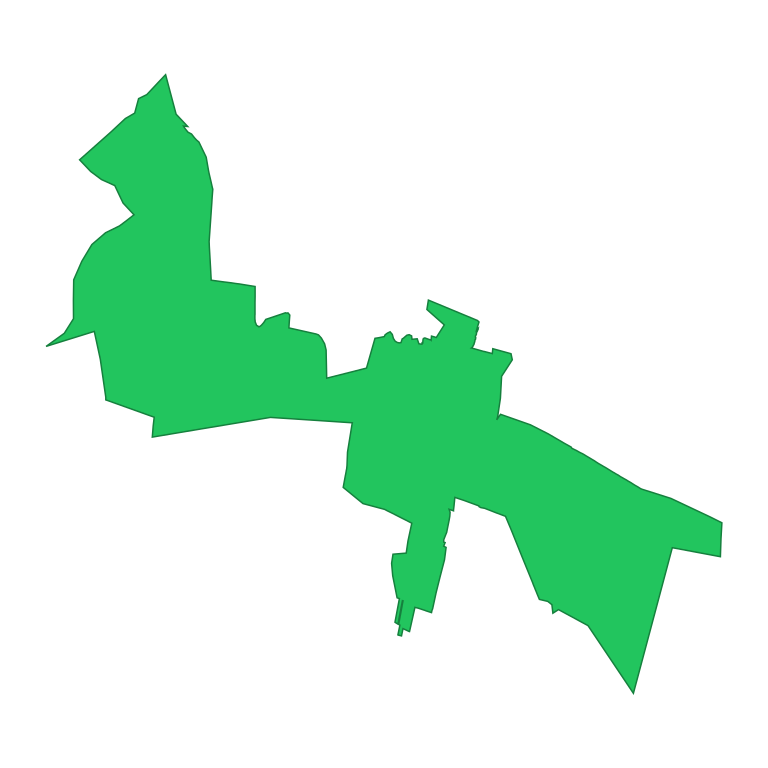 Villa de Zaachila, Oaxaca, Mexico
{"feature_id": "50627088B50064037366577", "entity_name": "Villa de Zaachila", "entity_type": "district", "adm_level": 2, "iso_a3": "MEX", "parent_name": "Mexico", "parent_adm1": "Oaxaca", "projection": "equal_earth", "projection_center": [-96.753, 16.954], "detail": "fine", "context": "isolated", "style": "filled", "palette": "green", "viewbox_px": 768, "rotation_deg": 0, "n_neighbors": 0, "source": "geoboundaries", "source_scale": "gbopen_adm2", "svg_char_len": 4881}
<svg xmlns="http://www.w3.org/2000/svg" viewBox="0 0 768 768"><path d="M110.7,132.2L79.6,159.8L90.7,171.5L101.4,179.5L114.8,185.6L123.1,203.1L128.7,209.1L134.0,214.8L124.7,222.0L119.5,225.9L105.6,232.7L91.9,244.5L81.8,261.3L73.7,279.8L73.4,300.3L73.5,318.7L64.3,333.3L46.1,346.4L94.3,331.4L100.3,359.2L105.8,397.3L105.8,399.9L154.2,417.2L153.2,425.9L152.3,437.1L176.2,433.1L196.5,429.7L232.6,423.7L270.4,417.4L318.0,420.5L352.3,422.8L352.2,423.2L347.5,452.2L347.0,465.5L346.8,467.5L346.7,468.6L346.3,470.5L346.1,471.8L345.9,472.9L345.7,474.0L345.4,475.4L343.2,487.4L363.0,503.6L384.7,509.4L386.9,510.6L391.4,512.8L401.8,518.1L405.4,519.9L411.8,523.2L408.0,540.9L406.2,553.1L393.0,554.2L391.6,563.3L392.7,575.7L397.1,597.8L399.4,598.6L395.0,622.1L395.0,622.3L397.9,624.1L398.0,623.9L402.4,600.7L402.6,600.8L402.9,600.9L403.0,600.9L398.7,624.2L398.6,624.4L399.9,625.1L397.9,634.9L398.3,635.1L401.5,635.9L403.0,628.6L409.4,631.6L409.5,631.6L414.9,607.5L414.9,607.4L418.0,608.1L418.3,608.2L425.2,610.5L425.9,610.8L431.5,612.6L431.6,612.2L431.9,610.6L432.6,608.9L436.1,592.7L440.0,577.1L444.5,559.8L446.1,547.4L443.7,546.2L445.1,542.6L443.8,542.2L443.7,539.9L445.2,536.0L446.7,532.3L447.3,529.2L448.7,522.3L449.1,520.3L449.8,516.3L450.0,513.6L450.1,512.4L449.9,511.7L449.1,509.3L453.5,510.8L453.5,510.4L453.6,509.4L453.9,506.8L454.1,505.0L454.2,503.8L454.3,502.8L454.5,501.1L454.6,499.6L454.9,497.4L464.2,500.5L476.2,504.9L478.9,505.9L479.0,506.6L480.8,507.6L484.6,508.3L489.8,510.3L496.9,513.1L497.0,513.1L505.5,516.3L511.6,530.8L521.5,555.4L525.0,564.0L525.2,564.5L530.6,577.7L532.8,583.1L533.3,584.6L533.8,585.8L534.5,587.4L535.0,588.7L535.5,590.0L536.2,591.6L537.3,594.4L539.4,599.4L547.8,601.4L551.9,604.7L552.9,613.2L558.5,609.6L588.0,625.6L633.4,693.3L672.3,547.7L720.4,556.7L721.0,538.5L721.9,522.8L710.3,517.0L670.9,498.4L641.6,489.1L640.2,488.4L637.9,486.9L636.3,486.0L634.7,485.1L633.0,484.0L632.2,483.5L631.0,482.7L629.6,481.9L628.2,481.1L627.4,480.6L626.3,479.9L625.4,479.4L623.9,478.6L622.6,477.8L621.3,477.1L620.4,476.6L619.8,476.2L618.4,475.2L616.7,474.3L615.6,473.7L614.4,472.9L613.4,472.4L611.6,471.3L608.7,469.5L606.6,468.2L605.1,467.3L603.8,466.6L602.3,465.7L601.3,465.1L599.9,464.3L598.5,463.5L597.4,462.8L595.7,461.7L594.9,461.1L593.6,460.3L592.2,459.5L589.9,458.1L588.7,457.4L587.7,456.8L586.3,456.0L585.2,455.3L583.9,454.5L582.5,453.7L581.0,453.0L579.6,452.3L578.2,451.5L576.8,450.7L571.9,448.3L571.2,447.1L564.2,443.2L554.8,437.7L548.3,433.9L530.4,424.8L500.5,414.3L496.7,419.9L497.6,417.0L500.4,398.3L501.6,376.3L512.3,359.8L511.0,353.7L492.8,348.7L492.3,353.6L491.6,353.4L484.3,351.5L483.9,351.5L471.9,348.1L471.4,348.0L472.2,347.4L472.4,347.1L472.6,346.8L472.8,346.5L473.0,346.2L473.1,345.9L473.2,345.5L473.5,345.2L473.7,344.8L473.9,344.5L474.0,344.2L474.1,343.9L474.1,343.4L474.3,343.1L474.3,342.8L474.5,342.5L474.6,342.1L474.7,341.7L474.8,341.3L474.9,341.0L474.9,340.6L475.0,340.3L475.0,339.9L475.1,339.5L475.5,339.3L475.5,338.9L475.6,338.5L475.7,338.2L475.8,337.8L475.4,337.3L475.4,336.9L475.4,336.6L475.5,336.2L475.5,335.8L475.7,335.5L475.9,335.2L476.2,334.9L476.3,334.6L476.4,334.2L476.5,333.9L476.4,333.5L476.4,333.1L476.5,332.7L476.7,332.3L476.9,332.0L477.1,331.6L477.2,331.3L477.4,331.0L477.5,330.7L477.6,330.3L477.7,330.0L478.0,329.7L478.1,329.3L478.1,329.0L478.2,328.5L476.6,330.1L477.5,326.8L479.0,322.0L477.5,320.5L428.4,300.1L426.9,309.5L440.9,321.9L444.3,324.9L438.0,334.8L436.3,337.5L433.7,336.7L431.5,336.1L431.3,338.1L431.2,338.9L431.1,340.2L430.9,340.0L428.9,339.4L426.4,338.5L425.9,338.3L425.3,338.1L425.1,338.0L424.8,338.0L424.5,338.0L424.4,338.1L423.4,338.5L423.0,339.7L422.8,342.3L422.7,343.0L422.1,342.8L421.9,344.2L418.9,343.8L417.2,338.8L412.0,339.3L411.6,335.9L409.2,334.7L406.9,335.2L405.0,336.8L403.3,338.3L402.2,338.9L401.0,342.6L399.2,342.9L397.1,342.4L395.1,341.1L393.4,338.4L392.3,334.4L390.1,331.8L387.4,333.1L385.1,334.8L384.3,336.6L378.3,337.8L375.0,338.3L366.5,368.1L326.7,378.2L326.1,350.0L324.6,343.8L321.4,338.1L318.5,334.9L316.1,334.0L288.9,327.9L289.3,321.5L289.8,315.1L289.0,314.1L288.0,312.9L286.6,313.1L285.4,312.8L265.8,319.4L263.7,322.6L261.7,324.9L260.4,326.1L258.9,326.8L257.8,326.0L256.6,325.4L256.0,323.9L255.4,322.4L255.2,322.1L255.1,320.7L254.9,318.9L254.9,318.0L254.9,316.8L254.9,315.6L255.0,314.3L255.0,307.6L255.0,302.3L255.1,296.6L255.1,286.5L245.8,285.0L239.1,283.9L238.1,283.8L235.0,283.4L231.8,282.9L226.2,282.2L224.4,282.0L211.2,280.2L210.9,274.6L210.6,268.7L209.3,246.0L209.2,242.8L209.1,242.0L211.8,203.1L212.1,198.1L212.8,189.2L212.4,187.8L211.0,181.6L209.1,173.5L208.7,171.5L208.4,169.9L206.2,157.2L198.9,142.0L196.6,140.1L194.5,137.8L191.5,134.0L188.0,132.2L185.4,129.0L184.8,128.2L183.5,126.1L187.7,126.5L186.1,124.8L181.5,119.9L176.1,114.2L165.6,74.7L164.5,75.8L159.0,81.6L146.8,94.6L138.6,98.6L134.7,113.1L125.4,118.5L110.7,132.2Z" fill="#22c55e" stroke="#15803d" stroke-width="1.5"/></svg>